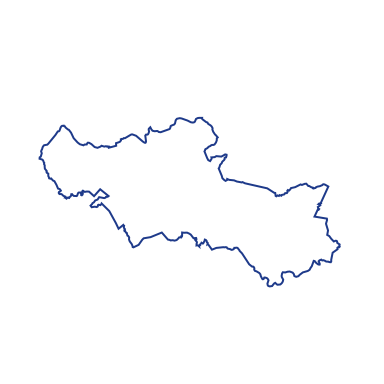 Jalpan, Puebla, Mexico (Albers equal-area conic projection), rotated 193°
{"feature_id": "50627088B95329536813839", "entity_name": "Jalpan", "entity_type": "district", "adm_level": 2, "iso_a3": "MEX", "parent_name": "Mexico", "parent_adm1": "Puebla", "projection": "albers", "projection_center": [-97.872, 20.452], "detail": "fine", "context": "isolated", "style": "outline", "palette": "blue", "viewbox_px": 384, "rotation_deg": 193, "n_neighbors": 0, "source": "geoboundaries", "source_scale": "gbopen_adm2", "svg_char_len": 6047}
<svg xmlns="http://www.w3.org/2000/svg" viewBox="0 0 384 384"><g transform="rotate(193 192 192)"><path d="M36.4,174.1L39.0,175.1L39.6,176.6L40.3,176.9L41.2,176.8L42.7,175.7L45.9,177.8L48.3,179.9L50.6,180.6L50.8,185.1L54.0,190.7L54.3,191.4L54.1,195.1L54.6,196.4L67.1,195.6L65.5,203.2L64.7,203.1L64.3,204.0L65.3,204.4L66.0,205.7L64.6,207.2L64.7,207.5L64.0,208.1L64.6,209.0L65.9,208.8L65.6,209.3L63.8,210.1L64.0,210.4L60.4,228.0L64.1,229.1L65.4,229.2L66.3,228.7L66.6,228.0L68.8,226.4L70.9,225.5L72.2,224.6L72.5,223.8L74.5,222.7L75.0,222.8L75.0,223.4L77.0,223.5L79.1,224.2L80.0,224.0L82.5,225.8L84.0,225.3L86.5,223.6L87.9,223.8L92.6,219.9L96.4,218.1L96.9,216.6L97.8,215.2L99.0,215.5L99.4,214.7L98.9,213.4L99.3,212.3L101.0,211.8L101.6,210.4L103.9,209.3L104.1,208.5L105.9,208.7L106.4,207.7L107.9,207.9L108.8,206.8L109.6,207.0L110.7,209.8L111.7,209.7L119.5,212.5L140.9,212.4L142.4,212.4L145.0,213.0L145.7,212.5L148.6,212.4L150.6,212.3L153.6,212.8L158.5,212.2L160.6,212.6L160.5,211.6L161.8,210.4L163.2,210.9L165.5,212.3L166.6,214.4L171.3,221.0L170.9,221.9L170.7,224.9L169.6,226.6L169.3,228.4L167.9,230.4L167.6,231.2L167.9,232.4L167.4,233.1L166.6,233.4L166.5,235.3L166.7,236.1L168.0,236.1L168.7,235.7L168.9,235.3L171.4,233.1L176.4,232.4L177.7,231.1L180.8,230.1L180.4,229.6L180.5,228.4L181.3,226.2L183.3,226.7L184.8,228.4L189.0,234.4L188.7,235.3L188.7,236.3L188.6,236.7L186.9,238.2L186.0,239.8L184.4,241.0L183.9,241.8L183.0,242.4L181.7,242.7L180.8,243.3L179.8,245.6L179.5,247.9L179.9,249.9L179.2,251.0L181.8,252.9L182.5,253.2L184.9,255.5L186.2,257.5L186.3,258.8L187.6,260.3L188.9,261.1L191.5,262.0L192.6,263.2L193.9,263.3L197.7,265.0L199.1,265.9L199.0,266.5L201.6,265.9L203.1,265.3L204.5,264.1L205.0,261.2L205.9,260.2L207.1,259.8L208.8,259.7L212.4,260.6L218.6,261.3L220.5,261.2L222.5,260.3L223.2,259.9L224.0,258.3L224.0,255.0L224.5,253.8L227.2,251.9L227.6,251.4L227.6,249.7L228.0,248.3L236.0,243.2L237.8,243.0L239.2,243.6L239.7,243.6L242.1,242.8L244.2,242.8L245.6,243.8L247.2,245.7L248.3,243.9L248.2,242.8L247.4,241.2L247.6,239.2L247.9,238.3L248.4,237.9L249.7,237.6L250.2,236.4L248.2,231.0L248.2,229.8L248.6,229.4L249.4,229.4L251.3,230.1L259.1,234.2L263.0,234.7L264.1,234.4L269.5,229.3L270.5,229.2L271.4,228.1L272.7,227.8L273.2,227.4L272.8,226.3L273.5,224.8L274.5,224.0L277.0,222.5L276.3,220.0L282.7,216.6L282.7,216.9L282.2,217.1L282.2,217.4L282.7,217.6L283.7,217.5L283.9,217.0L284.7,217.4L285.1,217.4L285.4,217.1L286.3,217.2L287.7,216.5L290.6,216.7L291.3,215.7L294.0,213.8L297.0,213.9L300.7,216.0L303.4,216.8L304.6,216.6L305.1,215.7L305.3,214.6L307.4,214.1L308.2,213.1L312.0,213.3L314.6,214.5L319.4,217.8L323.2,222.6L326.0,224.9L326.9,225.0L329.7,226.4L330.7,227.4L331.5,227.4L331.8,227.8L333.5,227.2L334.1,226.5L334.5,225.3L334.9,221.9L335.4,221.2L336.4,220.8L337.9,216.8L342.8,206.9L343.6,205.6L346.6,204.3L347.0,203.7L347.6,202.1L347.7,200.0L348.1,198.6L348.1,197.5L347.1,196.0L347.3,192.5L348.2,191.5L348.0,190.1L345.2,189.9L344.2,189.3L343.1,187.6L342.5,187.1L342.5,186.0L341.5,184.8L341.3,183.7L340.6,181.6L338.3,179.8L338.1,179.1L338.3,178.8L337.8,178.1L336.2,177.6L335.6,175.2L334.2,173.5L334.2,173.2L332.8,173.1L332.3,173.5L330.0,171.9L328.5,171.6L325.7,168.5L323.3,165.2L321.6,165.1L320.1,163.9L320.3,163.2L321.6,162.1L321.7,161.5L321.4,160.7L320.6,160.2L318.6,160.6L316.4,159.3L314.4,159.0L314.6,158.0L313.7,158.1L313.5,157.6L312.8,157.3L312.0,158.5L310.8,158.5L310.7,158.9L310.3,158.8L310.2,159.4L309.4,160.3L309.0,161.3L309.1,162.7L308.3,162.9L307.7,162.1L307.3,162.1L306.2,161.6L303.5,162.1L303.1,162.6L302.8,165.1L302.4,165.9L300.6,166.4L299.6,165.3L299.3,164.1L298.6,164.0L298.1,164.7L298.0,165.8L299.1,167.9L298.7,168.7L298.2,168.7L297.0,168.0L296.5,168.0L294.6,168.8L292.4,169.2L286.5,165.9L282.1,174.0L272.4,169.3L273.1,168.4L274.7,167.9L275.0,167.0L276.2,166.3L281.3,166.1L282.3,163.4L284.4,162.0L285.3,159.8L286.4,158.8L286.7,157.6L287.8,155.9L286.3,154.6L283.5,155.8L281.4,155.9L280.6,156.7L280.7,158.0L280.1,158.6L278.3,158.6L277.6,159.8L277.5,160.5L268.3,154.8L259.2,144.6L255.3,139.7L251.6,144.4L251.3,144.0L250.6,143.9L250.5,142.2L250.1,141.6L249.0,140.7L249.4,139.6L249.0,138.9L248.5,139.2L247.3,137.6L246.4,137.5L245.1,135.0L244.2,134.8L243.0,133.6L242.7,131.6L241.5,129.8L239.2,127.9L237.9,126.2L237.4,125.0L236.6,124.9L232.1,128.5L229.7,134.4L228.7,136.0L222.2,138.7L212.3,145.7L204.7,140.2L203.0,140.3L202.0,140.0L199.9,140.7L198.0,140.7L196.2,141.7L194.9,143.6L194.4,144.8L193.4,145.2L192.4,145.3L192.5,146.4L191.8,146.5L191.8,147.1L192.5,150.3L190.6,150.5L187.7,151.3L185.6,150.9L183.6,150.2L180.1,147.3L178.0,148.0L178.0,147.4L177.3,147.5L177.1,146.9L178.3,146.4L178.2,146.1L176.1,144.5L175.8,143.7L175.9,142.4L175.6,141.0L175.3,141.2L174.2,141.3L172.9,140.6L173.0,140.8L172.2,141.9L172.6,142.2L171.4,144.2L171.3,144.7L169.8,144.2L169.5,144.5L168.8,147.1L168.8,148.5L167.8,148.4L166.8,147.7L166.3,146.5L165.3,146.0L165.2,144.5L164.8,144.9L159.6,140.3L155.7,143.0L149.0,145.3L148.2,145.3L146.9,145.8L145.8,145.9L144.6,144.9L141.8,144.9L140.6,144.5L139.7,144.8L138.6,145.6L138.2,147.1L137.6,147.1L136.5,147.7L135.1,147.8L132.7,145.9L132.3,145.3L129.5,143.5L120.0,134.4L116.6,132.8L115.8,133.1L115.1,132.9L114.1,131.8L113.9,130.3L112.9,129.3L111.3,129.2L108.2,128.2L106.9,127.2L106.0,125.5L104.1,123.2L103.4,122.9L102.8,123.2L102.5,123.8L102.4,124.8L101.8,125.1L99.9,125.0L98.8,124.5L97.6,123.2L97.9,119.7L97.3,118.3L96.5,117.6L95.0,117.5L92.8,118.4L91.5,121.2L90.5,122.2L88.4,121.0L87.7,120.9L85.1,121.8L84.0,123.4L83.4,125.1L83.4,127.1L85.4,129.4L85.8,130.4L85.9,132.8L85.5,134.2L83.0,134.6L81.0,135.8L78.9,136.5L75.8,136.1L74.4,135.0L73.3,133.1L71.4,132.8L69.4,133.9L68.4,135.6L65.9,138.6L61.4,141.1L59.9,142.7L59.4,144.7L58.6,146.6L57.9,152.3L56.9,152.3L55.3,151.0L53.0,149.9L51.8,149.8L51.3,150.0L51.4,150.8L53.0,153.0L52.4,154.1L50.8,155.2L49.7,154.6L48.6,155.1L47.0,154.9L46.1,154.5L44.8,154.5L43.7,154.8L42.5,154.6L41.0,154.8L40.7,155.5L41.1,157.3L41.3,164.5L37.3,169.0L37.8,170.3L37.6,170.7L36.9,171.3L36.3,171.2L35.9,171.7L35.8,172.2L36.5,173.3L36.4,174.1Z" fill="none" stroke="#1e3a8a" stroke-width="2"/></g></svg>